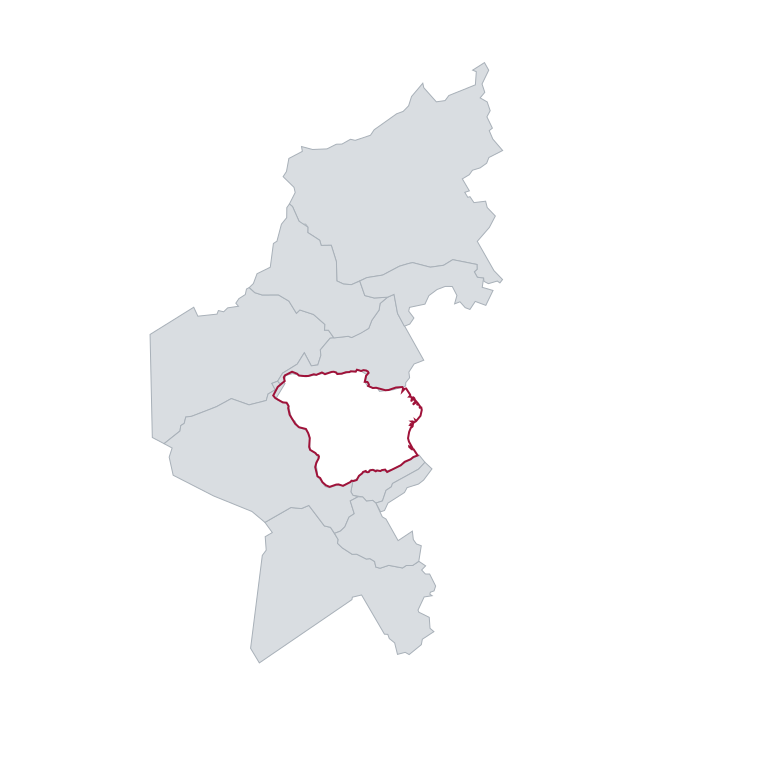 Nigeria and the surrounding countries, rotated 240°
{"feature_id": "NGA", "entity_name": "Nigeria", "entity_type": "country or territory", "adm_level": 0, "iso_a3": "NGA", "parent_name": "Africa", "parent_adm1": "", "projection": "robinson", "projection_center": [7.751, 9.075], "detail": "medium", "context": "with_neighbors", "style": "outline", "palette": "rose", "viewbox_px": 768, "rotation_deg": 240, "n_neighbors": 10, "source": "natural_earth", "source_scale": "50m", "svg_char_len": 7879}
<svg xmlns="http://www.w3.org/2000/svg" viewBox="0 0 768 768"><g transform="rotate(240 384 384)"><path d="M609.1,502.6L611.7,530.1L610.5,536.9L612.6,544.4L619.2,551.6L625.1,568.0L620.7,566.6L602.2,570.4L598.9,578.6L601.4,584.4L597.4,612.7L608.3,620.1L611.5,617.7L612.1,631.7L603.4,631.6L594.8,618.9L586.2,617.1L583.7,610.3L576.7,614.4L567.6,612.6L563.9,606.7L551.4,605.8L550.8,601.8L541.7,600.7L526.9,603.5L527.7,588.1L523.9,583.3L523.1,575.3L524.9,567.5L522.6,562.5L522.5,554.4L508.6,554.5L509.6,549.8L503.8,549.9L503.2,552.1L496.1,552.6L491.5,563.4L485.2,561.6L473.8,564.4L466.9,553.5L460.9,536.1L427.2,535.9L415.2,538.9L413.6,534.9L416.5,533.6L418.7,524.6L422.9,521.9L425.9,523.2L429.8,518.2L436.0,518.3L436.8,522.0L441.0,524.3L457.3,505.7L457.0,495.0L462.0,482.5L474.8,469.5L476.1,465.4L478.3,456.2L479.0,437.3L484.7,422.3L486.3,405.5L490.8,398.9L496.9,394.7L513.6,403.9L530.5,407.7L535.4,398.9L540.6,400.2L553.3,393.7L557.9,396.5L561.6,396.1L563.3,392.9L567.5,391.8L583.4,393.5L587.2,392.1L594.2,402.8L599.3,404.4L614.0,400.3L616.8,405.8L626.9,414.4L626.3,429.6L630.9,431.3L622.8,439.4L616.1,452.2L615.5,462.6L612.8,467.5L612.7,477.3L609.4,480.9L606.2,496.7L609.1,502.6Z" fill="#d9dde1" stroke="#a8b0b8" stroke-width="1"/><path d="M543.9,206.2L545.6,257.6L535.8,256.7L528.0,274.3L530.4,277.3L526.7,281.3L528.1,286.7L524.1,296.8L528.1,296.1L530.5,301.1L530.8,308.6L535.0,312.4L534.9,315.5L527.7,317.8L522.0,323.0L514.0,337.1L503.3,343.1L489.0,343.5L490.2,348.1L479.5,357.7L465.1,362.6L460.4,359.4L458.3,362.8L448.9,363.7L450.6,360.2L445.4,345.9L440.4,343.7L433.6,336.2L436.1,330.1L450.9,330.6L444.6,318.8L444.1,301.6L439.6,293.3L440.6,287.2L433.4,286.9L433.3,278.6L428.6,273.8L433.4,256.7L447.7,244.5L448.1,227.6L452.2,201.3L454.5,195.8L449.8,191.3L449.6,187.2L445.3,183.8L442.3,163.7L453.5,156.6L543.9,206.2Z" fill="#d9dde1" stroke="#a8b0b8" stroke-width="1"/><path d="M144.6,303.4L143.8,289.6L139.6,286.0L137.1,270.5L141.0,268.2L143.1,260.5L154.5,263.8L160.9,261.3L165.3,262.1L167.1,259.3L212.5,259.1L215.2,250.0L213.3,248.4L204.8,136.6L221.8,136.3L296.4,192.9L299.0,198.9L311.2,204.8L311.2,213.0L323.7,211.7L323.6,241.6L317.4,250.2L316.4,258.2L290.9,261.4L286.6,266.0L272.1,266.5L269.3,264.1L263.0,265.9L252.4,271.3L250.2,275.3L241.3,281.1L239.8,284.5L235.0,287.1L229.5,285.4L226.4,288.5L224.6,297.4L215.4,308.1L215.7,312.5L212.5,318.0L213.1,325.5L205.7,329.1L204.1,323.6L198.8,324.8L196.6,328.5L183.2,327.7L179.8,323.9L180.5,320.1L179.1,318.6L176.6,319.8L179.5,312.3L171.2,300.4L168.9,300.1L159.3,306.5L149.4,301.7L144.6,303.4Z" fill="#d9dde1" stroke="#a8b0b8" stroke-width="1"/><path d="M305.2,378.8L295.7,380.3L293.0,371.4L293.6,341.6L291.3,339.0L290.9,332.6L283.5,324.2L285.0,317.4L288.9,316.0L291.3,310.3L296.8,309.1L303.2,301.4L307.2,301.4L315.9,308.8L315.4,313.1L317.9,320.8L315.7,326.0L316.9,329.5L307.8,341.5L305.6,349.7L305.2,378.8Z" fill="#d9dde1" stroke="#a8b0b8" stroke-width="1"/><path d="M442.3,163.7L445.3,183.8L449.6,187.2L449.8,191.3L454.5,195.8L452.2,201.3L448.1,227.6L447.7,244.5L433.4,256.7L428.6,273.8L433.3,278.6L433.4,286.9L440.6,287.2L439.6,293.3L436.4,294.0L436.0,298.2L433.9,298.5L426.1,284.3L423.5,283.8L414.6,291.0L399.7,286.5L396.4,288.3L389.8,287.9L383.1,293.4L377.3,293.7L363.6,287.0L358.2,290.2L352.4,290.0L348.1,285.1L336.8,280.3L324.6,281.8L321.6,284.6L320.0,292.0L316.7,297.3L315.9,308.8L307.2,301.4L303.2,301.4L299.3,305.2L299.6,296.3L286.6,293.4L286.2,287.1L279.9,278.7L278.4,272.8L279.4,266.5L286.6,266.0L290.9,261.4L316.4,258.2L317.4,250.2L323.6,241.6L323.7,211.7L339.6,205.9L372.2,180.5L410.4,155.8L428.1,161.4L434.5,168.5L442.3,163.7Z" fill="#d9dde1" stroke="#a8b0b8" stroke-width="1"/><path d="M439.6,293.3L444.1,301.6L444.6,318.8L450.9,330.6L436.1,330.1L433.6,336.2L440.4,343.7L445.4,345.9L450.6,360.2L443.2,376.9L440.4,379.2L439.8,398.6L445.3,405.4L450.5,416.7L455.7,420.9L457.4,430.5L456.6,437.5L438.3,431.0L384.7,430.3L386.3,420.1L381.9,411.5L376.6,409.3L374.3,403.5L371.4,401.7L374.5,388.9L379.9,376.4L383.2,376.3L390.0,368.7L394.3,368.5L400.7,373.8L408.6,369.5L413.9,352.3L420.0,347.0L429.2,320.0L438.7,310.0L440.5,303.3L436.0,298.2L436.4,294.0L439.6,293.3Z" fill="#d9dde1" stroke="#a8b0b8" stroke-width="1"/><path d="M285.0,317.4L283.5,324.2L290.9,332.6L291.3,339.0L293.6,341.6L293.0,371.4L295.7,380.3L286.5,383.1L281.0,370.3L280.1,363.9L282.7,352.2L279.8,347.5L278.9,327.9L274.2,321.2L275.0,317.1L285.0,317.4Z" fill="#d9dde1" stroke="#a8b0b8" stroke-width="1"/><path d="M213.1,325.5L212.5,318.0L215.7,312.5L215.4,308.1L224.6,297.4L226.4,288.5L229.5,285.4L235.0,287.1L239.8,284.5L241.3,281.1L250.2,275.3L252.4,271.3L263.0,265.9L269.3,264.1L272.1,266.5L279.4,266.5L278.4,272.8L279.9,278.7L286.2,287.1L286.6,293.4L299.6,296.3L299.3,305.2L296.8,309.1L291.3,310.3L288.9,316.0L285.0,317.4L269.8,316.1L266.1,318.2L241.3,317.9L242.4,335.0L234.6,331.6L229.3,332.1L225.3,335.4L213.1,325.5Z" fill="#d9dde1" stroke="#a8b0b8" stroke-width="1"/><path d="M587.2,392.1L583.4,393.5L567.5,391.8L557.9,396.5L553.3,393.7L540.6,400.2L535.4,398.9L530.5,407.7L513.6,403.9L496.9,394.7L490.8,398.9L486.3,405.5L485.3,414.5L470.2,411.6L463.4,418.5L457.4,430.5L455.7,420.9L450.5,416.7L445.3,405.4L439.8,398.6L439.6,389.3L440.4,379.2L443.2,376.9L448.9,363.7L458.3,362.8L460.4,359.4L465.1,362.6L479.5,357.7L490.2,348.1L489.0,343.5L503.3,343.1L514.0,337.1L522.0,323.0L527.7,317.8L534.9,315.5L536.3,321.1L543.0,329.2L542.0,343.9L561.0,358.5L561.2,362.7L573.7,375.1L576.7,382.9L585.3,388.0L587.2,392.1Z" fill="#d9dde1" stroke="#a8b0b8" stroke-width="1"/><path d="M485.3,414.5L484.7,422.3L479.0,437.3L478.3,456.2L476.1,465.4L474.8,469.5L462.0,482.5L457.0,495.0L457.3,505.7L441.0,524.3L436.8,522.0L436.0,518.3L429.8,518.2L425.9,523.2L418.6,517.4L410.5,525.2L401.2,511.5L409.9,504.3L405.6,495.7L409.5,492.5L417.2,490.9L418.1,485.2L424.2,491.4L434.3,491.9L437.9,485.8L439.3,477.2L438.1,467.1L432.7,459.4L437.6,444.4L434.7,441.8L426.2,442.9L423.0,436.2L423.9,430.5L438.3,431.0L456.6,437.5L457.4,430.5L463.4,418.5L470.2,411.6L485.3,414.5Z" fill="#d9dde1" stroke="#a8b0b8" stroke-width="1"/><path d="M429.4,282.3L434.6,290.5L436.2,299.5L439.9,300.6L441.0,302.5L440.6,310.5L436.3,313.9L433.8,314.6L430.7,319.0L428.8,322.5L427.5,328.1L425.8,329.9L425.0,336.0L422.0,337.8L420.6,344.8L419.7,346.6L418.0,348.2L416.0,348.5L414.1,352.6L413.2,357.0L411.7,359.8L411.6,361.6L408.8,365.7L409.9,367.7L406.7,370.7L406.3,373.1L404.6,375.3L402.8,376.3L401.3,376.2L400.1,372.6L395.5,368.4L394.1,370.6L393.3,370.8L391.0,370.6L390.3,369.3L386.1,372.3L384.7,375.3L377.9,382.1L376.5,385.0L375.0,392.6L372.2,398.3L370.7,398.4L368.5,396.3L369.5,399.6L369.1,400.9L361.7,401.3L360.8,400.8L360.4,399.6L359.6,400.9L357.6,401.0L355.2,398.8L356.2,400.1L356.1,401.4L354.5,402.9L353.5,403.0L351.7,398.7L352.0,402.0L352.8,403.2L350.2,403.7L349.6,401.9L349.3,403.7L346.0,404.1L346.0,402.5L344.9,404.5L342.6,403.7L338.2,399.7L335.9,393.5L337.0,393.1L336.0,392.9L335.7,391.8L335.7,390.7L337.2,390.2L337.8,389.0L335.9,389.9L333.8,388.2L336.7,387.2L335.5,387.0L335.3,386.0L333.5,387.3L332.8,386.8L332.6,385.2L329.9,381.8L325.0,377.7L321.6,376.8L313.9,376.6L317.3,374.6L316.9,374.4L313.6,375.4L312.5,377.0L305.3,377.4L306.1,372.9L305.5,369.5L306.3,363.0L305.2,357.9L306.2,342.7L309.3,342.2L310.5,339.1L310.4,337.4L312.6,334.7L312.5,333.2L315.2,331.5L315.7,330.3L316.2,328.3L315.4,326.9L315.7,325.8L316.6,324.8L317.8,324.7L318.3,321.9L317.5,320.4L317.0,316.4L314.5,312.3L315.2,309.2L316.5,307.5L315.9,305.9L316.3,297.6L319.8,294.4L320.8,292.3L322.1,285.5L325.2,283.1L329.7,281.6L334.5,281.7L337.3,280.2L346.5,282.9L349.8,286.2L352.2,290.1L353.7,291.4L355.1,291.5L356.4,290.4L358.5,290.1L363.9,287.1L366.9,287.7L374.3,292.7L379.4,293.8L384.1,293.9L389.0,288.8L393.9,287.2L404.5,286.9L411.1,289.0L412.5,290.3L416.5,290.3L418.6,287.2L421.1,285.7L426.2,282.8L429.4,282.3ZM357.8,402.7L356.7,403.1L356.0,403.0L357.0,401.2L358.1,401.8L357.8,402.7Z" fill="none" stroke="#9f1239" stroke-width="2"/></g></svg>